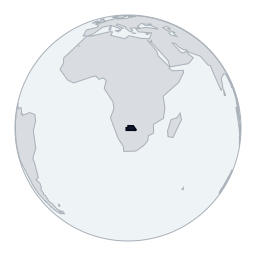 Ghanzi highlighted on a globe, orthographic projection
{"feature_id": "BWA-1191", "entity_name": "Ghanzi", "entity_type": "District", "adm_level": 1, "iso_a3": "BWA", "parent_name": "Botswana", "parent_adm1": "", "projection": "orthographic", "projection_center": [20.983, -22.159], "detail": "fine", "context": "on_globe", "style": "filled", "palette": "ink", "viewbox_px": 256, "rotation_deg": 0, "n_neighbors": 0, "source": "natural_earth", "source_scale": "10m", "svg_char_len": 4539}
<svg xmlns="http://www.w3.org/2000/svg" viewBox="0 0 256 256"><circle cx="128" cy="128" r="113" fill="#eef3f6" stroke="#a8b0b8"/><path d="M17.6,105.5L18.2,103.4L17.8,105.1L18.4,108.5L21.0,107.5L21.6,111.0L21.1,114.2L22.4,113.6L22.5,115.4L29.6,112.6L34.8,114.4L35.6,120.9L33.3,130.7L35.8,148.4L32.8,157.9L35.2,165.2L38.3,177.7L36.1,179.7L40.0,183.4L41.4,187.6L40.8,189.6L43.5,193.0L43.3,194.4L45.4,195.5L49.2,201.6L52.9,204.2L56.7,208.8L59.2,210.2L59.1,210.7L60.1,212.0L61.6,213.1L59.4,213.2L54.1,209.6L51.4,206.8L51.2,207.2L45.0,200.3L46.3,202.3L38.5,193.7L33.0,185.4L22.0,164.1L20.6,160.9L19.9,159.6L17.7,150.8L16.2,141.8L15.5,132.7L15.4,123.6L16.2,114.5L17.6,105.5ZM64.4,213.7L60.3,213.7L62.0,213.4L59.6,210.7L63.1,211.4L64.4,213.7ZM59.1,206.5L58.4,204.3L59.3,204.5L59.9,206.1L59.1,206.5ZM142.3,16.3L141.7,16.2L137.4,15.8L141.7,16.4L141.2,16.2L143.5,16.5L144.2,16.5L145.0,16.6L145.8,16.8L153.7,18.3L161.6,20.5L169.2,23.2L176.7,26.4L183.8,30.2L190.7,34.5L197.3,39.2L203.5,44.4L209.3,50.1L214.7,56.1L219.7,62.6L224.2,69.4L228.1,76.4L231.6,83.8L234.5,91.3L236.9,99.1L238.7,107.0L238.8,108.1L238.4,105.7L235.6,96.0L236.8,102.7L239.0,112.1L239.8,120.7L238.9,115.9L237.9,108.3L236.9,104.6L235.9,98.5L232.6,87.9L231.6,87.4L230.5,83.8L225.9,74.5L223.7,73.7L221.2,78.6L222.9,87.6L221.1,90.4L214.0,74.4L210.3,65.5L208.0,65.0L200.4,56.3L188.2,51.9L186.2,49.6L184.0,49.9L178.6,46.9L175.4,43.5L172.3,43.1L180.7,52.2L184.0,52.9L186.4,50.6L188.2,53.8L193.3,57.8L188.6,63.6L170.1,66.9L167.8,60.1L151.5,42.5L151.7,40.9L151.6,40.7L151.4,40.4L150.3,42.9L147.4,40.0L156.6,51.0L158.3,56.1L169.8,67.2L168.8,68.1L172.4,70.8L183.3,70.3L183.5,72.6L178.6,82.5L163.1,96.3L164.9,108.1L163.4,118.4L153.3,124.5L153.7,133.1L148.4,135.8L147.7,140.8L143.2,146.0L135.8,151.1L123.8,151.4L123.4,146.6L117.9,137.9L110.5,117.8L113.9,108.5L113.0,101.9L104.2,88.5L106.2,80.8L103.7,78.0L98.8,79.3L95.9,76.1L92.9,76.5L73.6,83.0L67.6,80.0L60.0,69.4L63.4,63.4L63.7,58.0L86.6,36.3L91.8,36.0L110.2,31.6L112.5,31.9L110.7,35.3L124.8,38.7L128.9,35.7L141.3,38.4L149.4,38.8L151.7,32.8L138.5,31.9L135.9,29.0L146.2,27.4L157.6,29.1L157.0,28.1L149.5,25.1L151.8,24.0L146.8,24.1L149.0,25.2L146.0,25.5L143.7,24.5L144.7,24.1L141.1,23.4L137.7,26.3L139.6,27.7L130.5,28.2L132.8,30.7L130.4,31.9L125.6,28.2L125.9,26.9L117.3,23.9L116.2,25.2L124.2,28.3L121.9,28.1L120.4,30.4L119.6,28.5L111.1,25.4L102.7,27.2L92.5,34.4L87.5,35.9L83.1,35.9L86.4,30.0L97.2,27.3L98.5,25.6L95.9,24.3L99.4,23.8L99.7,23.1L103.7,22.3L109.0,20.1L113.1,19.5L114.8,17.9L117.1,17.5L115.5,18.4L116.5,19.0L126.5,18.4L128.3,18.1L128.6,17.2L131.4,17.4L130.4,16.7L136.0,16.6L128.3,16.2L128.5,15.7L131.6,15.5L130.3,15.4L125.2,15.8L124.4,16.1L125.8,16.4L122.4,17.8L119.0,18.3L117.4,16.9L112.5,17.6L113.4,16.7L122.9,15.5L132.6,15.5L142.3,16.3ZM79.2,45.3L78.7,46.9L79.2,45.3ZM170.2,34.7L176.8,36.5L173.0,32.5L175.3,32.9L173.2,31.5L172.7,32.2L167.5,28.7L170.1,28.6L168.9,27.3L166.6,26.6L162.8,27.5L170.2,32.3L169.0,33.3L170.2,34.7ZM18.2,103.2L18.2,103.8L17.9,104.6L18.2,103.2ZM97.2,21.1L98.7,21.0L97.3,21.8L92.2,23.5L94.1,22.2L97.2,21.1ZM101.1,20.8L101.0,19.5L104.2,18.7L102.4,19.3L104.5,18.9L102.3,19.8L105.5,20.7L104.4,21.6L95.5,23.6L99.0,22.3L97.3,22.3L101.1,20.8ZM115.0,30.5L116.8,30.5L119.6,30.2L118.7,31.9L115.0,30.5ZM109.1,28.3L110.7,28.0L110.9,29.8L109.0,30.0L109.1,28.3ZM111.4,26.4L110.8,27.8L110.0,27.1L111.4,26.4ZM116.9,18.2L118.6,18.0L118.8,18.2L118.0,18.6L116.9,18.2ZM149.5,33.6L147.3,34.6L146.0,33.9L147.0,33.7L149.5,33.6ZM132.3,32.7L136.3,33.5L132.1,33.1L132.3,32.7ZM183.3,187.5L183.2,189.7L181.9,189.2L183.3,187.5ZM181.5,119.7L173.0,137.4L168.0,136.6L167.6,130.7L171.1,119.7L177.0,117.6L180.1,113.1L181.5,119.7ZM239.3,145.5L239.5,140.1L239.3,136.3L239.6,135.1L239.9,139.6L239.4,144.5L239.3,145.5ZM239.6,134.8L238.9,126.0L235.9,106.6L237.1,108.6L239.8,122.5L239.7,123.7L240.1,130.0L239.6,134.8ZM240.4,135.5L240.4,135.1L240.5,132.8L240.6,125.7L240.5,123.4L240.6,123.9L240.4,135.5ZM223.3,88.7L225.6,95.5L224.4,95.6L223.3,88.7ZM219.1,194.3L219.5,192.2L220.9,189.1L223.0,186.6L229.1,175.5L228.8,176.4L232.0,169.8L232.5,170.0L228.7,178.5L224.2,186.6L219.1,194.3Z" fill="#d9dde1" stroke="#a8b0b8" stroke-width="1"/><path d="M126.2,130.3L126.2,130.1L126.2,129.7L126.2,129.4L126.2,129.0L126.2,128.8L126.2,128.5L126.2,128.2L126.2,127.9L126.2,127.7L126.6,127.7L127.0,127.7L127.4,127.7L127.9,127.7L128.0,127.7L128.0,127.4L128.0,127.2L128.0,126.9L128.0,126.7L128.0,126.4L128.0,126.2L128.0,125.9L128.0,125.7L133.3,125.8L136.1,129.7L135.7,130.4L131.7,130.3L126.2,130.3L126.2,130.3Z" fill="#0f172a" stroke="#020617" stroke-width="1.5"/></svg>